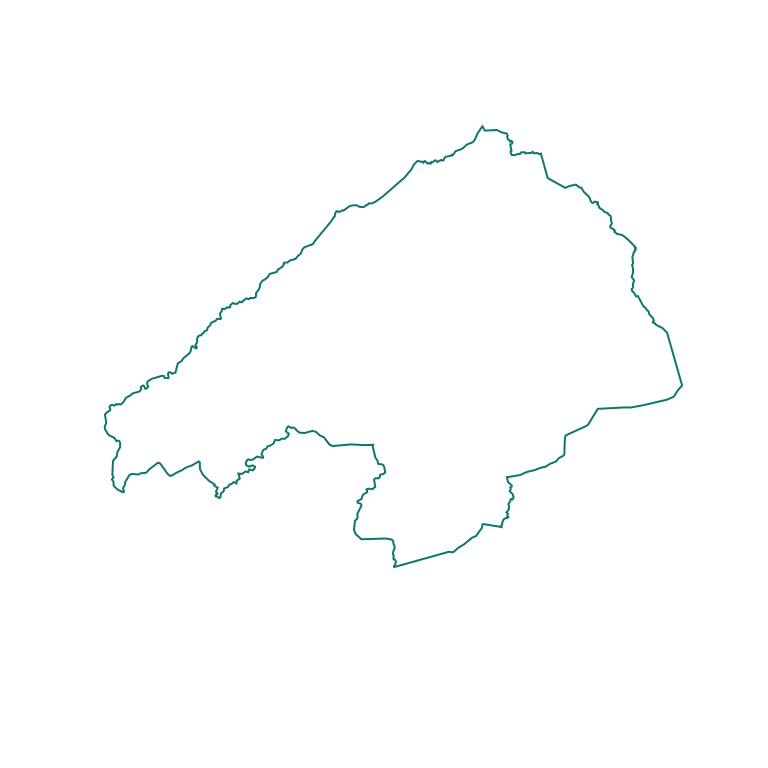 Macossa, Manica, Mozambique, rotated 62°
{"feature_id": "85939544B71036498933536", "entity_name": "Macossa", "entity_type": "district", "adm_level": 2, "iso_a3": "MOZ", "parent_name": "Mozambique", "parent_adm1": "Manica", "projection": "albers", "projection_center": [33.761, -18.03], "detail": "fine", "context": "isolated", "style": "outline", "palette": "teal", "viewbox_px": 768, "rotation_deg": 62, "n_neighbors": 0, "source": "geoboundaries", "source_scale": "gbopen_adm2", "svg_char_len": 6160}
<svg xmlns="http://www.w3.org/2000/svg" viewBox="0 0 768 768"><g transform="rotate(62 384 384)"><path d="M279.9,644.7L288.1,647.6L290.4,650.6L293.1,651.5L299.6,651.1L305.0,647.4L308.7,647.1L309.1,645.4L309.9,644.6L312.0,644.5L315.9,646.7L319.0,651.4L322.5,654.0L324.7,659.4L336.7,666.5L339.5,666.7L340.6,669.1L342.9,668.6L346.5,670.3L347.8,670.3L352.6,668.6L355.3,666.4L356.6,666.0L357.0,664.1L353.6,663.4L351.3,660.0L349.1,658.7L344.9,651.5L345.1,648.7L348.6,643.4L348.5,640.9L350.5,636.4L350.4,634.6L349.1,631.1L347.4,620.4L349.2,618.9L361.6,617.3L364.0,616.5L364.9,615.5L365.3,613.3L364.9,610.4L365.2,602.6L364.8,598.1L365.7,591.9L365.4,583.9L366.7,583.4L372.6,586.4L379.2,586.5L387.3,584.0L393.3,580.7L394.1,581.7L397.4,579.5L400.2,582.9L402.6,582.4L403.0,583.1L402.7,584.3L403.7,585.3L404.5,585.2L404.7,584.5L407.6,582.7L407.2,581.7L404.2,579.4L403.2,575.7L401.2,574.3L401.7,570.2L400.2,567.5L400.8,566.1L400.0,562.7L402.5,561.0L400.2,559.5L399.8,555.8L394.7,554.6L396.6,551.9L396.3,547.1L398.1,545.4L396.2,543.2L398.7,540.3L397.4,537.2L396.4,536.7L394.2,538.2L393.6,542.0L390.8,543.8L388.9,543.3L386.9,540.4L386.8,539.3L388.2,537.8L389.1,535.6L388.5,530.1L392.3,525.7L391.8,525.0L388.3,525.0L385.5,521.5L385.8,518.3L384.3,516.1L385.0,513.2L384.6,509.3L382.3,506.6L384.5,503.0L384.2,500.0L385.7,497.6L385.1,493.4L383.1,491.3L381.2,492.4L379.4,492.7L377.0,490.0L376.5,488.3L379.4,486.4L379.6,484.8L380.7,483.7L385.2,482.5L387.5,481.2L390.1,476.8L391.8,469.3L394.2,466.6L399.1,464.9L403.0,462.0L411.9,460.6L414.7,458.4L421.9,441.4L428.9,429.8L432.6,422.1L433.6,423.2L445.1,426.2L448.2,425.7L451.9,426.5L454.2,423.3L455.3,422.7L457.7,422.8L462.7,424.5L463.1,426.7L462.3,430.0L464.2,431.4L464.7,433.1L463.3,435.6L463.4,437.0L464.1,437.8L470.7,440.0L471.4,443.8L469.3,446.6L468.7,448.6L469.1,449.2L470.7,449.0L471.7,449.9L471.8,454.0L472.7,455.6L475.0,457.8L475.0,462.4L476.5,463.0L478.8,460.7L480.7,460.9L486.1,468.4L490.1,470.4L491.2,473.8L498.4,478.9L503.2,479.5L510.5,476.8L521.3,454.9L525.0,450.1L527.5,449.7L529.5,450.7L531.9,450.7L534.8,452.3L535.2,453.4L537.4,455.3L538.5,456.0L540.2,455.9L541.8,457.3L543.3,457.8L543.8,456.9L546.3,456.8L548.2,458.3L549.7,460.9L550.4,461.0L562.6,405.5L564.6,402.7L564.9,401.3L563.5,395.2L563.1,388.3L561.1,378.6L561.4,374.0L557.1,365.3L554.2,362.8L554.2,362.2L565.3,347.6L564.3,347.7L563.8,345.8L562.0,344.8L559.6,341.7L559.7,338.7L559.2,337.8L560.2,337.6L560.0,336.9L557.7,336.5L556.7,335.5L554.8,336.2L553.6,333.0L550.8,331.1L548.5,330.6L546.3,327.1L545.2,326.3L545.4,325.4L546.3,324.9L545.4,323.1L541.7,322.1L537.8,323.4L536.5,321.6L534.5,321.0L534.6,319.5L533.4,318.8L528.9,320.5L524.0,319.3L528.3,306.6L528.7,299.2L530.8,291.3L531.6,284.6L532.9,280.1L532.4,274.8L533.2,268.9L531.5,264.0L531.6,260.0L530.9,257.9L516.4,249.5L514.7,247.7L516.0,225.1L515.7,222.9L506.3,206.9L516.9,184.1L520.6,177.1L524.5,164.9L530.7,141.5L531.2,134.0L527.8,128.1L525.3,121.5L471.7,110.0L465.5,111.8L459.4,116.0L457.5,116.3L456.3,117.6L455.3,117.5L454.8,116.0L454.0,115.8L452.3,115.6L447.0,117.0L443.7,116.3L442.6,117.1L439.5,117.3L437.0,118.5L425.6,118.5L425.0,120.3L420.5,120.5L418.6,121.3L416.4,120.7L416.1,119.4L414.8,118.1L412.8,117.5L409.9,114.5L405.8,115.1L402.6,111.8L398.7,109.8L395.5,109.2L394.4,107.4L388.5,105.1L384.4,100.9L384.4,99.8L383.7,99.5L383.3,98.3L381.7,98.7L381.4,97.7L371.3,100.7L365.8,102.9L363.7,104.3L360.6,108.1L358.8,108.3L358.0,109.1L356.7,108.2L356.2,108.8L354.9,108.6L352.5,110.6L350.5,110.1L350.1,108.6L348.8,107.2L346.3,106.9L344.1,105.6L341.7,105.1L339.7,106.3L338.0,106.3L335.6,108.6L333.3,109.1L329.7,111.1L326.8,110.7L325.2,111.3L325.0,110.3L323.9,109.9L321.9,112.3L322.4,114.3L321.6,115.2L320.1,115.6L315.2,115.0L308.0,117.4L303.4,117.6L302.4,119.1L298.0,121.0L296.3,127.2L295.9,131.9L279.0,142.8L254.2,137.3L253.9,139.0L251.8,140.3L250.8,143.3L248.8,143.7L249.1,145.6L246.6,151.0L245.3,151.1L243.9,154.1L244.8,156.3L243.9,157.2L243.3,161.3L241.6,163.7L238.7,163.4L237.9,162.8L238.0,162.0L231.8,160.1L231.8,158.1L230.9,157.0L229.4,157.3L229.1,158.8L228.5,158.4L226.3,159.7L223.6,159.3L223.0,158.3L220.6,158.0L216.6,162.4L212.7,165.1L207.7,175.9L202.7,176.1L206.5,183.5L211.3,189.6L212.2,192.0L211.5,198.6L212.9,203.7L212.9,205.8L212.0,211.6L213.8,214.8L213.5,215.9L214.2,216.2L213.5,217.0L213.8,218.0L212.3,223.0L213.2,225.1L214.3,226.1L214.2,227.5L213.0,228.2L213.0,232.6L211.0,233.2L210.4,234.0L211.0,236.9L210.2,237.9L211.3,239.1L211.1,239.8L209.7,240.9L209.9,242.0L206.3,243.3L207.0,245.3L205.9,245.4L205.7,246.3L203.3,248.9L202.9,250.2L204.3,254.5L207.4,259.2L211.4,269.1L217.8,296.8L219.1,306.2L218.9,309.6L217.4,312.7L218.2,314.6L217.7,316.1L218.3,317.8L218.0,319.4L216.2,322.3L213.3,324.3L211.4,328.1L210.8,331.5L211.9,338.1L211.3,338.6L211.0,343.0L209.5,344.0L209.2,345.1L210.4,346.9L213.1,349.1L213.1,350.2L215.4,353.9L225.5,378.4L227.1,381.0L225.9,390.1L226.7,392.5L229.9,396.5L230.6,400.3L232.0,403.4L230.8,408.8L231.4,412.4L229.9,415.1L230.2,415.8L231.6,416.4L232.8,418.9L233.2,424.1L234.7,426.3L233.1,433.5L234.9,436.1L235.8,439.8L235.7,442.9L237.9,446.9L239.8,447.9L241.7,450.1L243.9,454.6L246.1,455.5L247.0,456.9L247.0,458.5L245.2,461.9L245.8,463.3L243.9,465.1L244.3,469.0L245.2,471.2L243.5,472.9L244.3,475.5L243.6,477.5L241.5,479.5L242.2,482.6L243.6,483.4L244.1,484.5L242.6,486.4L243.1,488.1L242.6,490.3L241.7,491.7L243.3,492.9L244.7,495.7L249.7,497.3L249.8,498.0L248.1,500.7L249.1,502.9L248.8,507.8L250.7,510.2L251.3,513.0L253.4,515.1L253.2,517.8L254.3,519.4L254.2,521.1L255.2,522.2L254.5,524.5L254.8,526.1L256.7,528.1L258.9,528.9L261.1,532.2L263.6,532.0L264.5,532.7L263.8,533.7L260.7,535.2L260.7,536.4L264.2,539.2L265.4,541.0L267.2,549.4L268.7,551.8L269.0,556.4L276.0,562.8L275.5,566.1L273.1,567.4L272.7,568.8L273.9,570.2L276.6,570.8L277.5,571.7L275.6,574.8L273.6,574.6L272.5,576.3L270.4,586.8L270.8,591.6L272.7,593.2L275.6,593.3L276.4,595.5L276.2,597.0L273.4,596.8L272.3,597.3L272.2,598.1L272.6,600.2L274.9,601.0L275.8,603.5L274.3,610.1L275.0,613.1L275.1,618.3L277.4,622.2L278.6,625.8L277.3,627.4L277.3,628.6L276.0,629.8L276.5,632.3L274.7,634.0L274.6,636.0L275.6,637.2L278.1,637.6L278.6,638.2L279.1,642.4L279.9,644.7Z" fill="none" stroke="#0f766e" stroke-width="2"/></g></svg>